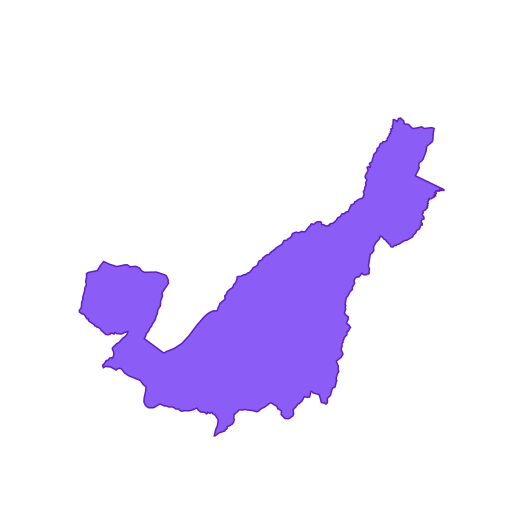 outline of La Viña, Salta, Argentina, rotated 201°
{"feature_id": "61730980B12479001808037", "entity_name": "La Viña", "entity_type": "district", "adm_level": 2, "iso_a3": "ARG", "parent_name": "Argentina", "parent_adm1": "Salta", "projection": "natural_earth1", "projection_center": [-65.611, -25.526], "detail": "fine", "context": "isolated", "style": "filled", "palette": "violet", "viewbox_px": 512, "rotation_deg": 201, "n_neighbors": 0, "source": "geoboundaries", "source_scale": "gbopen_adm2", "svg_char_len": 6109}
<svg xmlns="http://www.w3.org/2000/svg" viewBox="0 0 512 512"><g transform="rotate(201 256 256)"><path d="M358.5,97.0L356.9,99.0L352.0,100.3L345.7,99.4L344.9,101.1L343.1,102.4L340.7,102.2L336.7,99.6L331.3,98.5L319.5,98.4L314.9,95.4L311.8,94.5L310.5,89.8L309.5,83.2L308.3,79.5L306.0,77.2L304.2,76.3L301.7,75.9L297.8,77.4L296.6,78.3L293.2,82.9L291.7,83.5L287.6,83.1L287.0,83.9L283.2,83.8L280.6,85.0L278.3,85.1L276.4,84.4L273.1,85.4L271.5,84.5L269.8,84.4L267.3,86.0L263.2,87.4L259.7,89.9L257.1,92.6L256.3,92.7L254.6,91.4L251.8,90.5L247.9,91.7L245.7,90.9L245.1,91.5L245.1,92.8L242.6,92.6L241.6,94.1L240.9,94.2L240.2,93.5L237.1,92.8L232.6,89.6L231.3,84.2L231.4,79.4L230.5,73.1L229.5,73.7L227.3,77.5L222.5,81.4L222.2,83.1L221.1,84.4L221.7,86.5L220.0,87.9L218.0,90.5L217.3,92.6L217.7,95.8L218.6,96.4L219.6,99.9L216.4,106.4L212.9,107.6L212.4,108.4L203.7,110.5L199.6,110.8L198.3,111.8L196.1,115.8L194.1,117.6L190.1,123.9L189.1,124.3L182.5,123.0L181.0,121.2L176.8,120.6L175.7,116.9L170.8,114.7L167.7,115.5L166.5,116.5L164.3,120.0L164.3,122.2L166.4,126.0L164.9,128.8L163.8,132.9L162.6,134.0L161.1,137.1L160.5,142.1L157.6,142.3L157.1,143.0L155.4,143.5L156.3,149.3L155.3,149.4L153.6,148.7L147.3,149.2L142.4,142.6L139.8,143.2L137.6,142.8L137.0,143.8L136.9,145.2L138.4,148.6L136.6,152.5L137.2,159.0L137.0,160.5L135.7,161.4L135.2,162.4L136.1,167.6L135.8,168.6L136.9,169.4L137.6,171.7L137.8,176.4L137.3,176.8L137.6,178.4L138.7,179.5L139.8,182.8L143.2,186.4L143.1,187.2L140.3,191.8L139.6,195.3L140.4,196.6L142.4,198.4L143.5,200.6L143.1,202.3L143.9,203.8L144.2,205.2L143.8,206.7L144.5,207.6L144.1,208.6L144.4,211.2L143.0,215.1L143.9,218.3L143.0,218.7L142.6,219.8L142.9,220.8L142.1,223.1L144.1,224.7L147.3,225.8L147.6,226.7L147.2,229.6L148.1,232.3L151.0,233.0L153.1,234.7L153.2,238.4L154.4,240.5L154.3,241.9L155.1,242.4L155.6,243.5L156.8,249.5L156.0,251.4L155.3,256.6L154.0,259.2L154.9,261.5L154.1,265.9L155.8,268.3L155.4,271.0L154.8,272.1L152.3,273.5L151.0,277.9L148.8,277.1L146.3,277.9L145.9,279.0L144.3,279.7L144.1,280.6L145.0,282.3L145.4,284.6L147.4,286.8L149.9,298.4L148.6,300.7L148.0,303.3L149.4,306.6L149.3,309.1L148.7,311.8L147.0,316.1L147.1,319.1L145.0,319.0L142.8,317.7L140.1,317.2L139.2,316.2L138.0,316.1L136.7,315.0L135.4,315.1L133.6,313.1L132.1,313.1L131.3,313.7L130.7,315.2L128.8,316.1L128.6,317.1L126.6,318.5L124.3,321.8L122.5,323.9L121.0,324.6L116.6,330.1L116.6,331.8L115.1,335.1L115.2,337.3L113.1,339.9L113.2,344.1L111.9,344.5L112.4,346.0L114.3,346.8L113.9,350.1L112.5,350.5L113.0,352.3L115.0,353.6L115.8,354.8L115.3,356.3L116.1,357.0L116.1,357.9L114.7,359.2L113.3,362.5L114.2,362.9L113.5,364.5L114.7,366.3L114.1,366.8L115.1,368.1L114.7,370.1L115.4,370.8L114.4,371.2L114.4,372.0L112.8,372.3L111.9,374.0L111.2,374.2L111.3,375.3L110.6,375.4L110.6,376.3L111.4,376.2L111.6,376.8L110.8,377.3L110.2,377.0L110.6,377.9L110.1,378.9L110.7,379.9L111.3,379.2L111.9,379.3L111.3,381.3L110.3,381.5L110.0,382.1L109.4,381.7L108.8,382.4L108.1,382.4L108.4,384.1L107.2,383.2L106.3,383.7L106.4,384.4L105.2,384.6L104.7,384.2L104.0,385.0L104.8,385.4L136.0,388.0L135.1,397.0L136.0,397.5L137.2,401.4L135.2,404.5L134.7,406.5L134.8,415.0L136.0,419.6L132.7,425.2L132.3,426.9L134.6,434.6L135.4,438.9L137.8,438.9L144.8,435.3L147.5,436.0L153.8,431.9L155.8,431.2L160.7,433.5L165.0,432.5L166.4,435.0L170.5,436.6L172.3,435.3L172.1,433.0L172.5,432.0L173.7,432.7L175.6,432.9L176.7,432.5L175.1,427.4L175.5,426.1L174.1,424.2L175.7,422.8L174.3,421.5L175.1,420.3L174.3,418.8L175.3,417.7L174.7,416.6L175.6,413.0L175.1,410.9L176.9,408.6L178.4,408.3L178.7,406.7L180.2,405.4L180.2,401.7L181.4,399.8L180.9,396.7L182.5,392.7L181.9,390.3L182.1,388.8L181.5,385.2L182.6,384.2L183.2,382.8L181.2,380.6L181.1,380.0L181.6,379.4L183.2,379.8L184.1,378.5L182.0,376.0L182.7,370.4L182.4,368.6L179.7,366.8L179.9,363.5L178.4,361.3L179.1,359.4L178.3,357.0L178.9,354.8L177.1,352.1L177.1,348.5L180.6,345.5L182.0,343.1L183.2,342.2L183.2,339.7L185.4,337.9L185.9,330.3L187.6,329.5L188.8,327.1L190.8,326.2L191.4,322.8L193.4,321.2L193.8,318.2L195.7,314.4L198.3,312.7L198.3,311.8L199.0,311.3L198.7,310.3L202.0,309.0L204.1,309.5L205.7,308.7L207.1,310.8L208.3,311.1L211.5,309.6L213.7,306.0L215.4,306.1L216.2,305.2L216.0,303.8L216.9,302.8L218.8,296.4L220.3,295.5L222.3,295.3L224.2,293.0L227.0,292.7L229.8,290.3L230.1,289.3L229.9,287.3L230.5,285.5L232.3,283.5L232.9,281.7L235.5,280.5L235.8,276.5L240.5,270.1L240.7,268.9L241.9,267.7L241.9,266.7L243.2,265.7L243.2,264.6L244.1,263.7L244.1,262.8L244.7,261.8L246.1,261.0L247.5,259.4L247.7,258.2L248.8,257.2L249.0,255.0L249.7,253.8L251.3,252.4L251.6,249.8L251.1,248.7L252.4,246.2L254.4,244.2L255.0,241.3L256.3,238.2L257.8,237.0L259.1,234.7L260.7,234.1L263.1,231.5L265.9,230.2L266.1,229.3L265.5,227.7L265.4,223.7L266.5,221.5L266.5,218.2L268.7,215.2L270.0,212.4L270.0,209.6L270.9,207.6L269.3,204.4L271.5,201.0L271.4,200.4L272.7,198.9L272.5,196.7L272.9,194.3L272.5,192.3L273.1,190.5L276.0,189.6L277.4,188.4L280.2,185.1L282.8,180.1L286.5,169.8L289.9,157.7L293.9,147.7L299.5,140.1L305.7,134.4L307.3,132.3L330.7,138.8L330.3,141.5L330.6,144.4L329.4,147.2L329.3,150.6L328.5,152.7L328.3,155.7L327.3,160.0L327.7,165.0L327.4,166.5L328.4,170.7L327.4,175.3L328.9,179.8L328.9,185.1L330.5,187.9L327.9,199.4L329.1,200.9L329.1,202.0L332.6,205.3L334.1,205.7L343.2,205.3L354.4,200.8L357.3,201.1L360.3,203.0L364.4,203.3L370.0,200.7L372.7,201.7L375.0,200.9L382.3,196.2L390.4,195.8L396.3,196.3L398.1,190.3L398.8,185.6L406.5,180.7L408.0,178.8L406.5,175.4L406.0,171.4L404.0,168.3L404.3,165.0L403.5,161.9L402.9,155.2L402.2,153.7L402.1,150.1L400.8,146.0L400.7,144.3L401.5,142.1L400.7,140.3L397.8,139.7L395.5,139.9L391.3,136.7L390.5,137.4L389.8,137.3L389.5,136.0L388.3,135.2L382.5,133.9L381.4,132.9L380.3,133.2L378.9,132.6L377.8,132.9L375.5,132.4L373.8,131.1L368.2,129.0L366.6,129.2L364.5,130.3L363.9,131.3L364.0,132.1L360.6,132.3L360.5,133.9L358.0,133.7L353.5,135.0L351.1,137.7L348.5,139.5L348.3,136.6L349.2,134.1L350.9,131.7L352.9,126.2L354.7,124.2L357.1,118.6L356.6,117.4L354.7,115.6L353.4,113.1L353.2,109.4L354.1,109.4L356.2,108.1L356.6,106.0L358.4,104.7L359.0,101.2L360.0,99.5L359.8,98.5L358.5,97.0Z" fill="#8b5cf6" stroke="#5b21b6" stroke-width="1.5"/></g></svg>